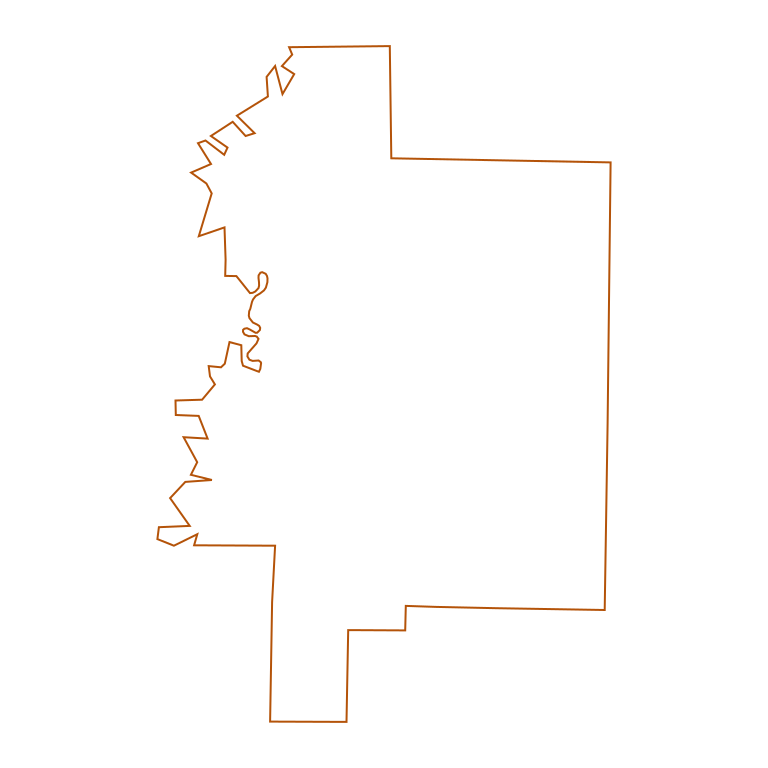 Woodruff, Arkansas, United States of America
{"feature_id": "52423323B87929534363237", "entity_name": "Woodruff", "entity_type": "district", "adm_level": 2, "iso_a3": "USA", "parent_name": "United States of America", "parent_adm1": "Arkansas", "projection": "mercator", "projection_center": [-91.376, 35.179], "detail": "fine", "context": "isolated", "style": "outline", "palette": "amber", "viewbox_px": 768, "rotation_deg": 0, "n_neighbors": 0, "source": "geoboundaries", "source_scale": "gbopen_adm2", "svg_char_len": 1534}
<svg xmlns="http://www.w3.org/2000/svg" viewBox="0 0 768 768"><path d="M610.6,162.4L391.3,158.3L389.8,46.1L289.1,47.2L292.2,54.6L281.9,66.1L294.2,74.1L282.5,94.1L275.1,66.0L266.6,76.9L267.9,96.5L236.9,115.7L254.6,133.2L245.6,136.0L232.7,121.8L210.9,136.0L227.5,147.6L224.2,154.8L205.5,140.5L198.0,143.2L211.0,164.0L191.1,172.6L206.4,183.5L211.7,193.4L198.8,236.2L224.5,227.4L225.6,259.8L225.2,275.9L236.4,276.1L250.0,293.1L252.7,292.8L255.3,291.5L258.5,288.1L259.1,285.6L259.0,282.3L258.5,277.9L258.6,275.4L260.4,272.7L262.2,272.2L265.7,273.8L267.0,276.0L267.5,278.3L267.4,282.2L265.9,287.6L264.0,290.4L260.0,293.5L255.6,296.1L253.0,299.5L252.0,301.9L250.3,308.8L249.2,311.2L248.8,315.7L249.5,318.2L252.9,322.5L257.2,324.6L259.2,325.9L260.2,327.9L259.9,330.0L257.2,332.7L255.6,332.8L249.6,329.4L247.0,328.2L244.4,328.7L243.1,329.8L243.0,331.8L244.5,334.4L248.8,336.2L255.1,336.0L256.8,336.6L258.5,338.9L256.5,343.4L247.7,353.4L247.4,356.4L249.4,359.7L252.6,360.9L258.6,360.5L260.8,362.2L261.1,363.1L260.3,368.9L258.9,371.8L243.0,365.7L241.7,361.0L241.3,345.2L229.5,342.1L224.8,363.7L221.0,367.3L208.7,366.1L210.0,376.4L214.9,384.4L202.1,399.7L175.5,400.5L175.8,415.0L198.7,415.9L207.6,438.6L183.6,437.2L197.2,462.2L190.9,474.8L211.9,480.0L185.3,481.9L170.1,498.1L189.7,525.9L158.9,527.2L157.4,539.1L173.9,545.7L197.3,534.2L194.1,545.3L275.1,545.7L272.1,602.1L270.1,721.6L346.5,721.9L348.2,630.1L405.2,630.4L405.8,605.9L436.0,606.9L496.6,608.2L604.7,610.0L607.6,423.8L610.6,162.4Z" fill="none" stroke="#b45309" stroke-width="2"/></svg>